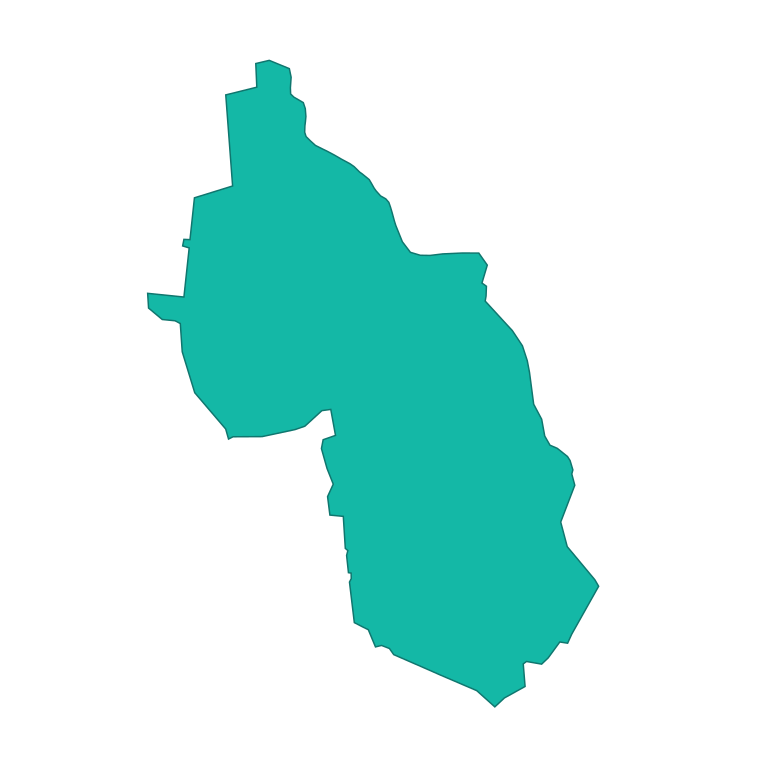 the district of Al Kamlin, Gezira, Sudan, rotated 11°
{"feature_id": "16777658B48918222085465", "entity_name": "Al Kamlin", "entity_type": "district", "adm_level": 2, "iso_a3": "SDN", "parent_name": "Sudan", "parent_adm1": "Gezira", "projection": "equal_earth", "projection_center": [32.926, 15.143], "detail": "fine", "context": "isolated", "style": "filled", "palette": "teal", "viewbox_px": 768, "rotation_deg": 11, "n_neighbors": 0, "source": "geoboundaries", "source_scale": "gbopen_adm2", "svg_char_len": 1751}
<svg xmlns="http://www.w3.org/2000/svg" viewBox="0 0 768 768"><g transform="rotate(11 384 384)"><path d="M613.7,603.4L616.0,593.8L633.3,541.6L628.3,535.9L594.9,508.7L583.8,485.8L590.6,447.0L585.5,436.5L585.8,432.3L581.3,423.7L578.0,420.2L566.4,414.1L558.6,412.4L551.7,404.4L545.5,388.5L534.8,375.3L524.6,344.8L520.2,333.8L512.6,320.1L499.8,307.1L492.7,301.9L467.5,283.3L467.4,278.2L465.9,268.5L460.9,266.2L462.7,247.6L452.5,237.8L452.2,237.5L452.1,237.4L435.8,240.5L416.8,245.1L404.7,249.0L395.1,250.7L384.8,249.7L374.9,240.9L365.3,226.1L363.2,222.2L359.2,214.1L356.6,209.1L354.1,204.8L350.4,201.9L347.7,201.0L344.7,200.0L339.2,195.8L337.0,193.7L333.6,189.7L330.5,186.2L322.5,181.9L319.6,180.6L317.5,179.2L313.3,176.4L308.9,174.4L298.7,171.2L291.8,168.8L283.3,166.2L279.1,165.1L271.2,162.9L265.4,159.4L260.3,156.0L258.1,152.0L257.6,148.8L257.1,145.7L256.8,141.3L256.3,136.3L254.2,128.7L251.1,123.2L240.8,119.6L237.0,117.1L235.6,111.1L234.3,100.6L230.9,92.5L209.6,88.2L197.0,93.9L202.5,116.9L173.5,130.4L197.6,218.5L192.4,221.3L162.4,237.4L166.0,279.3L160.0,280.2L160.0,286.9L166.8,287.6L171.0,336.8L134.7,340.1L138.4,354.4L154.0,363.0L166.8,361.8L172.5,363.5L179.8,390.9L199.9,428.7L237.2,458.4L241.9,467.7L245.9,464.6L274.4,458.9L305.4,445.7L314.4,440.5L328.1,422.0L336.6,419.1L346.2,443.7L334.9,450.3L334.9,459.3L344.2,477.8L353.3,492.0L350.1,505.3L355.9,523.0L369.3,521.7L377.4,552.8L380.3,554.4L380.0,559.4L385.1,576.0L387.8,575.9L389.0,581.3L387.9,585.0L400.4,623.9L410.0,626.7L415.5,628.2L425.8,643.7L431.5,641.1L439.8,642.6L445.2,647.8L480.2,655.6L495.6,659.1L533.5,667.3L554.4,679.8L562.1,669.2L580.2,654.0L574.1,632.2L576.8,629.2L592.2,628.9L597.4,621.6L605.8,603.7L613.7,603.4Z" fill="#14b8a6" stroke="#0f766e" stroke-width="1.5"/></g></svg>